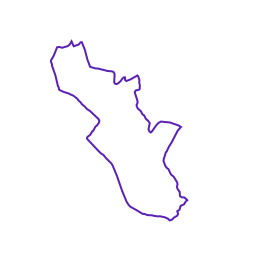 El Progreso, Jutiapa, Guatemala (Natural Earth projection), rotated 338°
{"feature_id": "79465075B52166049172952", "entity_name": "El Progreso", "entity_type": "district", "adm_level": 2, "iso_a3": "GTM", "parent_name": "Guatemala", "parent_adm1": "Jutiapa", "projection": "natural_earth1", "projection_center": [-89.846, 14.381], "detail": "fine", "context": "isolated", "style": "outline", "palette": "violet", "viewbox_px": 256, "rotation_deg": 338, "n_neighbors": 0, "source": "geoboundaries", "source_scale": "gbopen_adm2", "svg_char_len": 1795}
<svg xmlns="http://www.w3.org/2000/svg" viewBox="0 0 256 256"><g transform="rotate(338 128 128)"><path d="M177.5,146.9L175.8,144.6L169.1,138.7L161.0,134.4L158.5,134.6L155.5,135.9L148.3,140.5L147.5,140.6L146.6,139.4L146.5,136.9L150.0,131.7L149.3,128.6L148.1,126.6L147.6,122.2L146.5,120.7L146.3,117.5L144.3,113.3L144.3,110.7L144.7,109.7L146.3,108.3L147.0,105.9L147.6,97.4L149.2,96.1L152.5,96.6L153.3,96.4L154.9,93.1L155.5,89.8L156.5,88.0L156.8,84.3L156.4,82.8L148.5,83.9L144.0,83.8L143.3,82.2L144.2,80.0L143.2,79.5L141.3,80.1L138.8,81.7L135.9,82.8L133.9,83.0L132.5,82.0L132.3,80.5L135.8,73.0L135.6,70.8L134.4,69.5L130.3,67.4L122.4,61.6L120.3,60.7L115.8,57.1L116.0,49.2L117.3,39.4L117.3,31.1L116.0,30.8L113.8,32.1L108.3,31.9L108.1,26.5L105.2,28.8L102.7,29.5L96.9,28.9L94.7,27.1L92.5,26.6L86.2,33.2L82.0,36.4L81.4,37.7L81.4,40.6L80.9,41.4L80.4,51.9L78.7,63.2L79.0,64.0L78.5,66.8L81.7,70.3L86.4,74.2L86.7,74.8L89.4,77.5L92.1,82.2L92.4,84.0L93.6,86.2L94.2,88.8L96.1,92.2L96.9,94.8L99.3,98.3L104.1,108.8L104.1,110.7L103.0,112.2L100.0,114.1L98.2,114.6L94.7,117.6L93.8,117.6L90.6,120.1L87.1,121.1L86.2,121.8L86.0,122.7L91.7,137.4L93.3,141.2L95.2,143.9L96.3,147.6L99.4,154.9L99.7,157.4L99.8,168.3L99.0,183.8L99.1,195.9L99.8,199.7L100.7,201.9L104.7,206.8L109.4,213.1L111.0,213.8L113.5,216.1L117.9,218.1L118.7,218.9L122.5,221.1L124.6,221.8L128.6,224.5L131.2,227.2L132.0,229.3L134.4,229.5L136.7,228.4L140.8,227.7L142.3,226.4L142.5,223.6L145.0,223.2L147.7,219.9L151.5,219.7L153.8,217.9L155.9,217.1L154.3,213.6L151.8,212.3L150.7,210.6L152.0,206.5L151.2,203.8L151.2,201.0L152.8,198.8L153.2,196.8L152.1,190.3L150.4,187.1L150.1,181.4L148.9,179.3L148.4,176.8L148.6,171.7L149.7,170.0L154.1,164.6L154.9,164.4L158.9,160.7L162.9,157.8L173.1,149.1L177.5,146.9Z" fill="none" stroke="#5b21b6" stroke-width="2"/></g></svg>